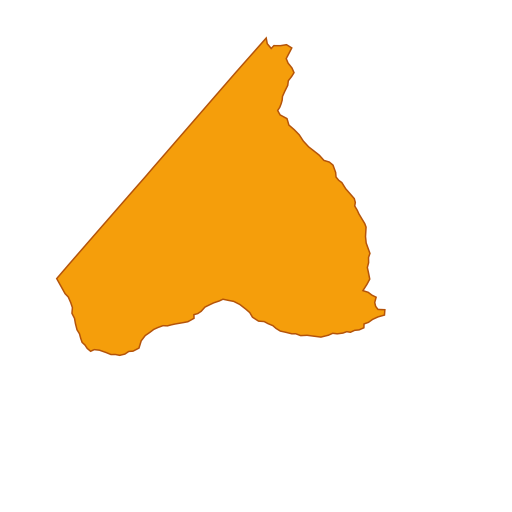 outline of Cidade Ocidental, Goiás, Brazil, rotated 311°
{"feature_id": "56859067B79829486223890", "entity_name": "Cidade Ocidental", "entity_type": "district", "adm_level": 2, "iso_a3": "BRA", "parent_name": "Brazil", "parent_adm1": "Goiás", "projection": "mercator", "projection_center": [-47.82, -16.154], "detail": "fine", "context": "isolated", "style": "filled", "palette": "amber", "viewbox_px": 512, "rotation_deg": 311, "n_neighbors": 0, "source": "geoboundaries", "source_scale": "gbopen_adm2", "svg_char_len": 1988}
<svg xmlns="http://www.w3.org/2000/svg" viewBox="0 0 512 512"><g transform="rotate(311 256 256)"><path d="M427.2,120.7L381.3,120.3L359.0,120.3L351.8,120.3L264.6,120.4L255.0,120.4L243.1,120.5L227.3,120.4L171.8,120.3L164.0,120.3L143.0,120.3L131.8,120.3L127.1,120.3L108.2,120.4L102.3,136.7L101.9,141.2L99.3,146.7L96.6,151.3L92.0,154.7L89.9,159.9L86.5,164.1L82.9,169.3L81.5,173.8L78.8,177.8L76.7,181.5L76.6,185.3L75.5,189.3L75.6,193.7L79.2,195.3L82.2,199.6L84.8,206.2L86.5,211.2L89.5,214.6L91.6,218.3L96.0,221.4L100.5,222.6L103.5,225.6L109.7,228.1L116.7,225.0L123.3,224.6L128.8,226.0L133.6,227.0L137.7,228.9L142.4,231.5L145.2,235.0L148.3,237.1L151.3,239.3L158.4,245.1L161.7,247.7L168.3,250.1L171.0,247.6L174.3,249.8L178.3,250.9L184.0,251.0L189.0,253.1L192.9,254.8L198.0,257.8L201.7,259.4L204.6,264.6L207.1,268.9L208.8,275.6L209.2,283.3L209.2,288.4L207.5,293.5L208.5,300.6L211.9,305.2L212.8,309.3L214.5,314.4L214.5,318.7L215.3,323.6L217.8,328.2L220.8,334.1L223.4,337.0L225.2,341.9L229.7,346.6L233.2,351.9L237.4,358.2L243.7,362.6L248.0,364.6L250.6,368.4L254.9,372.2L258.4,374.1L260.4,377.3L264.6,379.2L267.9,382.3L272.6,384.5L275.6,382.1L279.7,384.4L284.7,385.6L290.2,388.1L295.7,391.7L300.0,388.5L295.7,383.1L296.5,379.3L298.8,376.1L303.7,373.7L302.5,369.1L302.2,364.5L300.0,359.4L307.5,358.3L313.2,357.0L317.9,350.9L320.3,347.6L324.8,345.4L328.7,341.9L332.7,340.3L338.1,330.6L342.5,325.9L350.0,320.1L351.8,316.8L353.6,311.2L355.3,306.0L356.9,302.5L358.5,297.7L361.6,295.8L363.8,292.5L365.6,279.5L367.7,272.7L367.4,268.7L368.1,264.6L371.3,261.3L375.1,254.5L375.0,249.7L372.7,244.5L373.6,237.7L372.9,224.0L373.8,216.2L375.8,209.2L376.4,202.2L376.4,194.9L380.0,189.3L378.3,181.6L380.0,176.9L383.7,176.4L387.4,175.1L390.8,173.5L393.8,171.3L399.1,169.7L405.6,168.0L409.5,165.4L415.0,165.1L419.3,164.4L421.5,159.8L422.6,153.7L424.8,149.3L429.9,148.1L436.5,146.5L435.5,140.4L430.8,136.5L426.5,131.5L422.6,131.3L423.6,125.2L427.2,120.7Z" fill="#f59e0b" stroke="#b45309" stroke-width="1.5"/></g></svg>